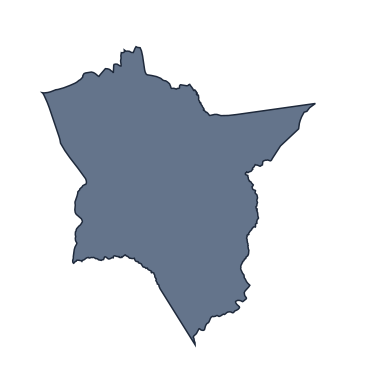 outline of Thma Puok, Bântéay Méanchey, Cambodia, rotated 172°
{"feature_id": "14789045B61404286718051", "entity_name": "Thma Puok", "entity_type": "district", "adm_level": 2, "iso_a3": "KHM", "parent_name": "Cambodia", "parent_adm1": "Bântéay Méanchey", "projection": "robinson", "projection_center": [103.024, 14.034], "detail": "fine", "context": "isolated", "style": "filled", "palette": "slate", "viewbox_px": 384, "rotation_deg": 172, "n_neighbors": 0, "source": "geoboundaries", "source_scale": "gbopen_adm2", "svg_char_len": 6083}
<svg xmlns="http://www.w3.org/2000/svg" viewBox="0 0 384 384"><g transform="rotate(172 192 192)"><path d="M315.4,258.6L312.1,250.6L308.2,243.0L301.6,231.4L295.5,219.9L295.1,217.6L295.3,215.6L296.2,214.3L296.8,214.4L299.2,213.5L300.2,212.3L302.5,210.8L303.0,209.7L305.0,208.1L305.4,206.4L306.4,204.0L309.2,198.5L309.4,197.4L309.4,195.3L310.5,190.7L310.5,188.2L310.1,186.7L309.5,185.7L305.3,180.9L304.6,178.5L304.8,177.6L307.0,175.0L308.7,174.0L311.1,171.9L311.8,171.0L312.1,169.8L313.0,168.7L313.5,166.1L313.4,163.8L314.0,162.6L314.1,160.3L313.8,159.1L313.2,157.8L313.3,156.8L315.5,153.8L316.6,151.4L318.5,144.7L318.7,143.2L319.1,142.0L319.6,141.2L319.8,139.8L319.7,138.6L319.1,137.9L318.6,138.2L317.9,138.9L317.1,139.4L316.3,139.6L315.7,140.4L314.7,140.4L313.0,140.0L312.3,139.6L311.3,139.5L310.7,138.6L310.0,139.5L307.8,140.1L306.5,141.0L305.2,141.5L304.2,141.6L303.7,141.6L303.2,141.0L302.3,140.9L300.9,141.2L299.7,140.9L298.4,140.9L297.7,140.4L296.7,139.4L295.6,139.3L294.7,138.8L294.1,137.9L291.3,136.9L290.5,137.3L289.0,137.4L287.8,139.6L287.1,140.0L286.5,139.7L284.2,137.4L283.1,137.2L281.8,137.5L280.5,138.1L279.1,137.8L278.8,139.2L277.7,139.6L277.1,139.5L276.1,138.9L273.8,138.2L273.2,138.2L273.0,137.9L273.1,137.4L271.9,137.0L270.6,137.0L270.6,137.5L270.0,137.4L267.1,139.0L266.6,138.9L266.2,138.1L265.2,137.4L264.6,137.2L263.1,135.2L262.7,135.2L261.2,134.6L259.8,134.3L258.3,134.4L258.1,132.8L257.7,132.1L257.6,131.7L256.9,131.0L255.2,130.6L255.2,130.1L254.8,129.8L254.8,129.3L254.2,128.9L253.4,128.7L252.1,127.7L252.0,127.1L251.0,124.8L250.5,124.4L249.8,124.3L248.8,123.6L248.2,122.8L247.1,123.0L246.7,122.7L246.4,121.5L245.7,120.9L243.5,119.5L243.4,118.9L243.6,118.3L243.4,117.7L242.2,117.9L241.6,117.3L241.1,117.1L241.0,116.0L240.5,114.9L240.6,113.1L240.2,112.1L239.8,111.6L239.9,111.2L239.5,110.6L240.1,109.3L239.1,107.0L239.2,105.8L238.1,105.1L237.7,104.2L237.8,103.3L237.1,100.7L210.2,40.3L210.0,42.5L210.4,44.0L210.5,46.9L211.0,48.1L210.2,49.2L207.4,51.1L204.2,55.5L203.6,55.6L202.4,54.2L201.1,53.6L199.8,53.4L198.8,53.9L197.4,57.2L196.6,58.5L195.5,59.7L194.3,60.1L193.2,61.1L191.2,64.5L190.2,65.5L188.9,66.0L188.4,65.7L187.9,65.6L186.0,65.7L185.0,66.2L184.2,66.2L182.8,65.1L182.1,65.0L180.7,65.4L178.0,66.7L177.0,66.2L176.2,66.5L174.2,67.8L173.2,68.1L171.2,68.1L169.9,67.6L169.0,66.9L168.3,66.7L167.6,66.9L166.0,68.3L164.1,68.8L162.4,69.6L161.3,70.6L161.0,71.1L161.1,71.9L163.2,74.4L164.1,76.2L164.2,77.2L163.8,77.7L162.2,78.3L160.8,78.2L159.1,77.7L157.3,76.4L156.7,76.5L153.1,78.7L152.9,79.1L152.9,79.7L154.2,82.1L154.3,85.1L153.2,86.6L149.1,90.0L147.7,91.6L149.5,93.9L150.3,95.3L150.8,96.5L151.3,98.2L152.2,99.9L152.1,101.1L152.1,102.6L153.3,104.7L154.5,108.8L154.4,109.8L154.1,110.4L154.1,111.6L153.5,112.9L152.9,113.6L152.5,114.5L151.8,115.0L151.6,116.0L150.2,116.8L149.3,118.3L148.4,118.4L147.9,118.9L147.6,119.5L147.7,119.9L145.8,121.0L145.6,121.6L145.1,121.8L144.6,123.0L143.8,126.4L144.2,128.2L144.1,128.6L144.2,130.4L143.8,131.1L144.0,131.6L143.8,133.3L144.2,134.1L144.2,134.6L144.1,135.5L144.2,136.2L144.0,137.6L144.4,138.2L144.2,139.2L143.6,140.2L143.7,140.7L143.5,141.3L143.3,141.7L142.8,141.9L142.0,141.8L141.6,142.1L141.8,143.0L139.8,145.2L138.2,146.4L137.5,147.6L137.0,147.8L136.0,148.8L135.0,148.8L134.1,148.5L133.8,149.3L133.8,150.5L133.5,151.4L131.9,152.2L132.3,153.1L132.2,153.6L131.8,153.9L131.6,154.9L130.5,156.2L129.9,156.7L129.8,157.1L130.1,159.2L129.9,162.2L130.5,164.9L130.0,165.0L130.0,165.6L129.8,166.1L130.6,166.6L130.8,168.3L130.6,168.7L129.8,169.2L129.3,171.2L128.6,172.4L129.0,174.2L128.9,175.1L127.9,177.0L128.0,179.2L128.1,180.1L129.5,182.0L129.6,182.6L129.5,183.1L128.9,184.4L129.1,184.8L130.8,185.7L131.3,186.1L131.5,186.5L131.8,188.2L131.7,189.0L130.8,189.6L130.3,190.5L131.7,192.4L132.2,193.7L132.5,194.0L133.4,194.4L133.7,194.8L133.5,195.3L134.1,196.0L134.4,197.0L134.3,198.6L134.6,199.9L134.4,200.6L136.1,201.5L136.7,202.4L136.3,203.4L135.8,203.4L135.0,204.3L134.0,203.4L133.4,203.5L132.4,204.1L131.0,204.2L130.2,204.6L129.1,205.8L128.7,206.0L128.8,207.0L127.9,207.8L127.1,208.3L125.6,210.3L125.1,209.9L123.5,209.5L121.2,208.1L120.4,208.1L119.9,208.7L118.5,209.0L117.7,212.1L117.0,212.8L114.7,213.3L113.6,213.1L112.6,213.2L110.3,212.0L109.7,212.0L108.9,212.5L107.6,214.2L98.0,225.3L77.6,239.7L76.1,245.1L74.7,248.2L73.0,251.2L69.9,255.4L67.0,255.9L63.8,259.1L57.5,262.5L136.8,262.5L145.2,262.7L152.7,263.6L156.6,265.4L158.8,265.7L163.0,265.3L164.0,265.4L165.4,267.8L166.4,269.0L166.9,268.9L168.5,271.1L169.1,271.2L169.3,271.6L168.6,272.0L168.6,272.4L168.8,273.1L169.8,275.0L170.0,276.1L170.8,277.3L170.9,279.0L171.2,279.3L171.5,279.1L171.9,279.5L171.8,280.4L172.5,282.1L172.6,282.8L172.5,283.6L172.2,284.1L172.3,285.6L172.1,286.1L172.3,287.1L173.3,287.2L173.4,287.6L173.8,287.8L174.0,288.3L173.8,288.7L173.2,288.5L173.1,289.4L174.0,290.4L173.8,290.8L174.6,291.8L174.5,292.1L175.1,292.7L175.7,292.2L176.2,292.3L176.5,292.9L176.9,294.4L177.3,294.8L177.4,295.3L178.5,297.2L179.3,298.9L180.2,298.7L180.9,298.1L182.3,297.9L188.4,299.8L189.1,299.4L189.6,298.7L189.9,296.8L190.8,296.5L192.1,296.6L193.2,296.1L195.4,297.2L198.0,297.5L198.4,298.4L198.4,299.3L199.2,302.3L200.9,304.3L202.5,305.7L204.1,306.2L205.3,306.9L207.1,308.9L211.0,311.2L215.5,312.9L220.1,314.3L221.1,315.4L221.7,317.5L221.9,319.7L222.0,333.7L222.4,338.8L223.3,342.1L225.9,342.8L227.2,343.7L228.5,342.1L230.7,338.3L232.8,338.7L234.3,340.0L236.2,340.5L237.8,340.6L239.3,342.1L239.3,340.4L240.2,339.7L242.3,339.6L242.6,339.8L243.5,336.8L243.6,334.5L244.5,331.7L244.5,327.5L244.9,326.6L246.0,327.1L248.3,329.0L249.8,329.3L251.4,329.2L251.9,328.3L253.2,321.4L253.6,321.4L254.1,322.4L255.4,323.4L256.1,324.4L257.2,325.2L258.7,325.8L260.6,326.2L266.8,320.8L268.1,319.4L269.1,320.2L271.1,322.5L272.8,323.9L274.9,324.8L280.8,324.7L282.4,324.3L283.2,323.4L284.1,322.0L284.2,321.0L286.9,318.8L288.1,318.4L291.0,316.7L292.8,316.0L298.1,314.5L304.6,313.0L310.4,312.2L312.6,312.2L318.1,310.9L320.9,310.6L324.8,310.7L326.5,311.2L325.9,310.5L325.1,308.5L322.9,301.0L321.6,295.3L315.9,265.0L315.5,262.2L315.4,258.6Z" fill="#64748b" stroke="#1e293b" stroke-width="1.5"/></g></svg>